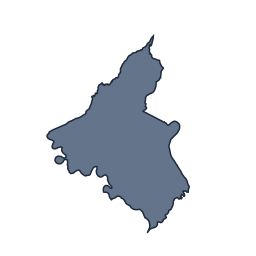 the district of El Banco, Magdalena, Colombia, rotated 16°
{"feature_id": "7082276B17236838711216", "entity_name": "El Banco", "entity_type": "district", "adm_level": 2, "iso_a3": "COL", "parent_name": "Colombia", "parent_adm1": "Magdalena", "projection": "natural_earth1", "projection_center": [-74.016, 9.144], "detail": "fine", "context": "isolated", "style": "filled", "palette": "slate", "viewbox_px": 256, "rotation_deg": 16, "n_neighbors": 0, "source": "geoboundaries", "source_scale": "gbopen_adm2", "svg_char_len": 5755}
<svg xmlns="http://www.w3.org/2000/svg" viewBox="0 0 256 256"><g transform="rotate(16 128 128)"><path d="M175.4,223.5L176.2,221.1L177.2,218.9L179.4,217.2L180.7,216.5L181.8,215.5L182.4,214.6L182.8,213.5L182.9,212.6L182.2,210.5L183.4,209.9L184.1,209.8L185.3,210.0L186.2,209.5L186.8,208.9L187.1,208.3L187.3,206.8L187.6,205.9L188.7,204.8L189.4,203.8L189.4,203.1L187.9,202.1L187.8,201.6L188.9,200.1L189.4,199.9L189.7,199.4L190.3,197.4L189.9,196.2L190.1,195.6L191.0,195.3L192.0,193.9L192.0,192.5L192.2,192.0L192.4,190.3L192.5,189.7L192.2,188.7L192.3,187.5L191.9,186.7L191.8,186.1L191.8,185.4L192.2,184.6L192.0,183.8L192.7,182.8L194.5,181.2L195.4,181.5L196.1,182.2L196.4,182.3L196.8,182.2L197.2,181.7L197.8,181.4L198.9,181.3L199.1,180.2L199.0,179.8L198.5,179.6L197.6,179.9L197.5,179.7L197.6,178.5L197.8,177.8L197.8,177.1L198.1,177.1L198.7,177.4L199.4,177.3L200.6,178.3L200.9,178.1L201.1,177.4L200.9,176.7L200.2,176.1L200.1,175.5L199.5,175.2L198.4,174.1L198.3,173.7L198.7,173.2L199.4,173.0L200.1,173.1L200.8,172.5L201.9,173.4L202.8,173.1L203.4,173.3L203.6,173.1L203.0,171.5L203.1,167.8L203.0,167.4L202.4,166.7L201.4,165.9L200.4,164.5L199.8,163.3L198.5,161.7L197.2,160.5L195.4,159.5L194.4,158.6L193.0,157.7L190.7,155.0L187.0,151.9L185.1,149.9L183.7,149.0L182.2,147.4L178.0,144.0L176.5,142.1L172.3,134.1L172.2,133.2L172.3,127.0L173.1,125.9L174.1,123.9L176.8,119.1L177.6,115.7L177.6,113.7L176.8,111.0L175.8,110.0L174.6,109.2L172.7,108.6L170.9,108.6L169.5,109.6L168.2,110.9L166.0,114.3L165.4,114.3L165.0,114.2L163.4,112.9L161.4,112.6L161.5,112.5L161.2,112.1L160.6,112.4L160.4,112.4L160.4,112.1L160.3,112.4L160.0,112.5L159.2,112.1L138.0,107.8L138.2,107.1L138.6,106.4L139.6,105.7L140.4,103.8L140.1,103.3L139.7,102.9L138.8,102.6L138.7,102.1L138.6,99.8L137.2,99.1L137.1,96.2L136.5,93.9L136.8,92.3L137.4,91.2L137.8,90.8L138.1,90.8L138.7,90.0L140.2,88.5L141.1,88.0L142.2,86.7L143.0,84.9L143.3,82.0L143.3,80.4L143.0,78.6L142.4,76.0L143.3,75.1L144.7,73.1L144.9,72.5L145.0,70.9L145.1,70.7L145.5,70.6L145.2,70.1L145.1,68.7L144.9,68.2L144.8,66.3L144.5,65.7L144.3,64.9L144.5,63.7L145.5,60.8L145.0,60.4L145.0,60.2L143.5,59.6L140.9,56.9L139.6,54.3L139.0,54.3L137.8,54.6L136.1,54.2L132.9,54.2L131.3,53.3L130.6,51.4L129.2,50.6L128.8,50.9L128.7,50.8L128.9,50.4L128.6,50.3L128.7,50.2L128.6,49.9L127.7,49.0L127.3,48.4L127.2,47.1L127.0,46.3L126.2,45.0L126.1,44.4L126.1,44.0L126.6,43.2L126.2,42.9L126.7,42.8L126.6,42.3L126.3,42.2L126.2,41.7L126.7,41.4L127.1,42.5L127.4,42.5L127.7,41.6L127.5,35.5L127.4,34.3L127.0,32.5L125.8,35.0L125.3,37.1L125.2,39.0L123.9,40.7L123.2,42.4L123.1,43.3L122.6,44.6L121.7,45.8L120.3,46.9L119.8,49.2L118.6,49.4L118.0,50.3L117.7,50.5L116.3,51.4L115.8,51.4L115.3,52.1L115.1,52.9L114.7,53.2L111.7,54.8L111.1,56.1L110.1,57.5L109.4,57.8L109.0,58.5L108.7,58.8L107.8,62.6L107.3,63.7L106.2,65.1L106.0,66.9L105.4,67.7L104.9,69.9L104.9,71.1L104.5,72.4L104.5,73.0L104.4,73.4L104.8,74.2L105.1,75.7L105.3,75.8L105.2,76.4L105.5,77.1L104.9,77.6L104.7,78.0L104.7,78.4L104.4,79.4L104.5,80.1L104.6,80.4L104.6,81.5L104.2,82.3L104.0,82.8L103.8,82.9L102.9,82.8L102.8,83.1L102.4,83.2L102.2,84.0L101.2,84.8L101.0,85.2L100.3,85.6L100.0,86.6L99.7,86.9L99.9,87.7L99.4,87.7L99.0,88.9L99.1,89.2L98.9,89.4L99.0,89.8L98.4,91.1L98.1,91.6L97.7,91.4L97.6,91.7L97.3,91.7L97.2,91.9L96.6,91.6L96.5,91.9L95.9,91.6L94.8,91.9L94.7,92.2L94.1,92.2L93.9,92.8L93.5,92.9L93.3,93.1L93.4,93.3L93.2,93.4L93.3,93.6L93.2,93.6L92.4,93.4L92.2,92.8L91.5,92.7L91.4,92.5L91.1,92.5L90.9,91.9L90.6,91.8L90.2,92.1L90.0,93.0L88.4,94.5L88.0,97.3L88.5,98.4L88.6,99.4L88.3,100.6L89.0,103.3L88.8,103.5L87.9,103.2L87.1,103.6L87.3,104.4L87.1,106.4L86.5,106.5L86.2,106.3L86.1,106.7L85.6,106.8L85.4,107.2L84.7,107.4L84.6,107.6L84.8,108.4L85.8,108.7L86.0,114.7L85.3,120.4L83.8,122.4L83.2,123.4L83.2,124.4L83.5,125.0L83.3,125.9L80.8,128.9L78.7,131.1L76.3,132.8L75.5,133.1L72.0,136.4L69.1,138.7L67.6,141.2L56.1,150.7L53.3,153.7L53.5,154.1L53.4,154.8L52.4,156.8L52.4,158.2L53.2,159.4L54.3,160.1L55.5,160.4L59.0,160.6L60.1,161.2L60.5,161.6L60.6,162.1L60.1,164.2L60.1,166.5L60.5,167.6L61.1,168.1L62.4,168.4L63.7,168.1L64.6,167.6L65.9,166.3L67.7,165.2L68.8,164.7L69.8,164.7L70.0,165.1L70.3,167.3L70.8,168.4L72.5,169.9L76.0,171.5L76.3,172.0L76.4,173.0L75.8,174.1L74.9,174.5L74.1,174.5L71.6,173.9L70.5,173.9L69.0,174.2L67.9,174.8L67.0,175.7L66.6,176.7L66.6,178.6L67.0,179.8L68.4,181.0L69.5,181.4L71.2,181.6L72.3,181.3L73.5,180.6L74.4,179.3L74.8,178.6L75.3,176.7L75.7,175.9L76.9,175.4L78.4,175.4L78.7,175.8L79.5,177.7L79.8,179.9L81.0,181.8L81.1,183.0L81.5,184.0L82.3,184.9L83.1,185.4L83.5,186.3L83.9,186.8L84.6,187.1L85.5,187.4L86.3,187.3L87.8,186.5L90.1,183.3L92.2,182.1L93.5,182.4L95.1,183.8L96.2,184.6L99.3,185.7L100.5,185.7L100.5,185.4L103.2,184.3L104.1,183.6L104.5,182.8L104.8,179.3L105.3,177.1L105.8,175.5L106.9,174.4L108.4,173.7L108.8,173.8L109.2,174.5L109.4,175.3L109.3,177.4L109.5,178.5L110.3,180.2L110.7,180.8L112.3,182.2L114.6,182.8L115.5,182.6L116.7,181.6L118.2,179.8L119.6,179.3L120.3,179.6L121.3,180.2L122.0,181.0L122.4,182.7L123.0,184.0L124.6,186.0L124.6,185.8L125.4,186.8L128.8,189.3L129.0,189.8L128.9,189.7L128.8,190.5L128.1,190.6L127.3,190.5L125.9,189.6L124.5,189.1L123.3,189.2L122.7,189.3L122.1,189.7L121.2,191.0L121.0,192.7L121.4,194.6L122.2,196.3L122.8,196.3L124.8,195.7L125.7,195.7L126.6,196.0L128.1,197.2L129.3,199.6L131.8,201.6L132.2,201.2L132.4,200.4L135.1,198.5L135.5,198.0L136.0,196.8L137.8,196.1L139.1,196.1L140.2,196.4L140.7,196.8L140.8,197.2L142.8,197.5L143.4,197.8L144.7,198.8L146.8,200.9L147.6,201.4L151.7,202.5L152.9,203.6L154.3,204.2L155.6,204.5L157.0,204.5L158.6,204.2L161.2,203.2L162.1,203.0L162.5,203.1L163.5,203.8L165.0,204.5L169.2,209.7L170.5,209.8L171.4,210.2L172.9,211.1L174.3,212.5L175.6,214.9L176.1,217.2L176.2,218.6L175.4,223.5Z" fill="#64748b" stroke="#1e293b" stroke-width="1.5"/></g></svg>